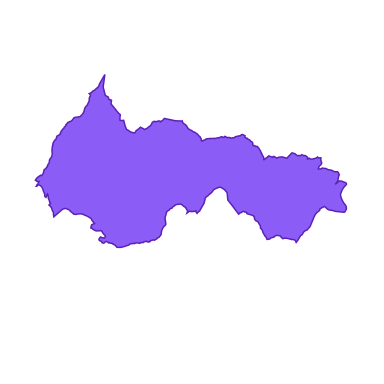 outline of Scarisoara, Alba, Romania, rotated 113°
{"feature_id": "2599482B60585043995143", "entity_name": "Scarisoara", "entity_type": "district", "adm_level": 2, "iso_a3": "ROU", "parent_name": "Romania", "parent_adm1": "Alba", "projection": "equal_earth", "projection_center": [22.873, 46.485], "detail": "fine", "context": "isolated", "style": "filled", "palette": "violet", "viewbox_px": 384, "rotation_deg": 113, "n_neighbors": 0, "source": "geoboundaries", "source_scale": "gbopen_adm2", "svg_char_len": 6068}
<svg xmlns="http://www.w3.org/2000/svg" viewBox="0 0 384 384"><g transform="rotate(113 192 192)"><path d="M242.3,340.8L242.9,338.4L242.2,336.9L245.6,336.9L245.6,337.4L246.5,337.5L246.9,337.2L247.5,337.5L247.4,337.1L245.4,336.7L245.5,336.1L245.3,335.4L245.4,334.3L245.9,332.5L247.7,330.3L249.3,329.1L250.7,327.5L252.2,326.4L253.1,326.1L253.7,325.5L254.0,324.3L252.8,324.2L251.3,324.4L250.3,324.2L251.8,322.8L253.9,321.8L255.7,320.0L257.6,318.5L257.6,317.9L257.8,317.8L259.1,318.1L259.8,318.6L260.0,318.2L260.3,317.2L261.3,315.4L263.9,313.0L264.8,311.8L265.6,311.2L266.4,311.0L268.8,309.5L258.4,304.4L256.7,302.3L256.5,301.7L256.4,298.5L257.6,295.3L258.0,293.5L258.6,292.5L258.1,290.1L257.3,289.3L255.8,286.4L255.2,284.8L255.2,278.4L255.9,274.4L257.4,272.7L259.1,269.4L261.4,271.6L264.4,271.2L264.7,270.9L264.6,269.8L265.3,267.1L265.3,265.1L263.6,261.4L263.1,261.0L263.1,260.2L265.2,257.1L266.1,254.9L267.0,254.5L267.9,254.4L268.5,254.7L269.2,256.9L269.0,258.4L269.5,258.8L271.6,259.3L272.4,258.9L272.8,258.3L272.9,256.1L273.7,255.2L273.8,253.7L273.1,252.8L271.9,252.4L271.1,251.6L270.9,250.6L271.0,249.8L271.5,249.1L270.9,247.2L270.9,246.5L270.4,245.4L270.9,244.2L270.8,243.9L270.9,243.5L271.0,241.9L272.2,239.6L271.9,238.4L270.6,235.5L268.3,232.6L265.5,229.5L263.6,228.3L262.8,226.6L262.1,225.9L262.0,224.8L260.8,223.7L259.9,221.6L259.7,220.0L258.6,219.4L257.5,217.0L256.6,216.7L255.1,214.5L255.3,213.5L255.0,212.2L254.3,211.8L254.1,211.3L253.2,211.4L252.8,211.0L252.5,210.4L251.2,208.9L251.1,207.8L249.1,206.2L248.1,206.0L246.4,204.6L243.5,203.8L239.1,204.9L235.3,204.6L232.8,203.5L231.8,203.5L226.2,206.8L219.7,207.5L217.3,205.8L216.2,205.7L214.5,204.0L213.4,204.0L211.5,202.7L209.9,201.9L207.6,197.9L207.5,196.7L208.3,194.4L208.8,191.7L209.4,191.2L210.7,189.2L211.6,188.5L213.4,188.4L212.3,187.7L210.9,187.2L210.6,186.6L210.6,185.9L210.3,185.6L210.1,184.5L208.9,182.2L207.9,181.1L209.1,180.1L209.7,179.0L208.3,178.6L206.7,177.6L197.4,176.5L192.2,177.4L190.2,176.6L189.5,175.9L188.2,175.6L186.2,174.4L183.8,173.4L181.2,172.9L179.0,170.9L176.5,168.2L176.6,166.0L177.1,163.1L178.9,159.4L185.4,155.9L188.2,150.7L194.2,140.4L192.3,139.6L192.1,138.9L190.8,138.2L189.6,136.8L189.8,135.6L189.5,135.2L189.6,133.6L190.2,133.3L190.5,132.8L189.9,128.0L189.9,126.6L190.5,125.0L192.3,124.0L193.5,122.2L193.6,119.7L195.6,117.2L196.3,115.9L198.5,114.9L199.5,112.6L201.7,110.7L204.2,107.3L204.1,106.9L206.3,104.4L205.6,103.0L204.8,102.0L203.7,101.8L201.6,99.0L200.4,98.5L199.3,97.8L198.4,95.9L198.0,93.4L198.6,92.6L199.5,90.2L198.3,88.7L197.5,86.3L196.9,82.9L196.9,82.0L196.4,80.9L196.0,78.8L196.6,77.6L197.7,76.4L195.0,75.7L190.3,75.1L189.6,75.0L188.4,74.0L185.0,73.5L183.4,72.6L181.7,71.0L179.9,70.6L178.6,70.0L177.4,69.8L166.8,69.9L163.8,69.6L162.0,68.9L159.2,67.4L158.4,67.3L157.6,67.7L157.1,67.4L153.5,64.3L154.9,60.5L154.9,58.4L154.1,55.5L153.8,52.4L151.5,45.0L151.0,43.8L150.6,43.5L147.6,43.2L146.5,43.5L145.1,44.5L144.2,45.4L142.9,47.9L141.4,49.9L139.4,52.1L136.9,54.1L135.2,54.5L131.3,54.6L128.4,54.1L124.7,52.8L123.9,53.2L123.3,54.2L123.6,56.4L123.4,57.8L124.2,60.7L129.0,63.2L126.3,62.3L124.8,62.2L120.0,63.2L118.7,63.1L118.4,64.1L117.5,64.1L116.7,65.3L116.5,66.1L117.7,68.7L117.4,71.9L118.3,75.9L118.0,77.6L119.1,81.5L120.7,82.7L121.3,84.8L119.0,85.0L116.1,83.9L114.8,83.9L114.3,84.1L112.2,86.0L110.3,86.5L110.2,87.0L111.3,88.9L110.7,90.1L112.4,91.1L114.1,93.3L115.2,95.1L115.3,96.4L115.1,96.6L115.1,97.3L116.6,98.5L115.3,98.9L114.9,99.3L114.4,100.7L114.2,102.0L114.8,103.4L114.8,105.6L116.1,106.2L116.7,108.0L117.3,108.9L117.1,110.6L116.5,112.4L116.9,115.3L123.8,117.9L124.5,122.9L126.2,125.9L127.8,127.4L127.2,129.9L127.6,131.2L128.5,131.2L128.7,132.0L128.6,132.9L128.7,134.3L128.7,135.4L134.2,138.3L134.1,138.5L132.0,139.6L130.3,142.0L129.6,142.6L127.5,145.0L125.6,147.6L124.6,149.6L124.8,150.5L125.1,151.1L124.9,151.7L125.2,152.4L124.9,153.1L125.4,153.8L124.9,154.5L123.4,155.1L122.5,156.0L122.5,157.6L121.8,158.6L121.4,160.4L121.5,161.3L121.0,162.2L121.2,164.3L120.9,164.7L119.5,165.1L119.3,167.9L119.9,168.8L121.3,169.6L124.0,173.5L125.4,174.4L126.6,176.2L127.0,176.4L127.2,178.9L128.3,181.2L128.1,181.6L127.8,183.3L128.5,183.9L129.1,183.8L129.8,184.8L129.4,186.0L129.9,186.9L131.5,188.2L132.0,189.5L133.7,191.4L133.7,192.2L134.8,194.0L135.1,195.2L137.3,199.3L137.7,199.8L139.0,200.2L139.4,201.1L140.4,202.0L141.2,202.4L141.2,203.2L139.5,204.3L139.0,205.2L138.2,205.8L137.6,207.7L136.7,209.3L136.3,210.8L136.1,212.7L135.8,213.0L136.2,214.0L135.6,216.1L135.5,218.4L135.2,220.2L134.1,221.8L133.4,222.5L133.2,223.3L132.7,223.9L132.3,226.2L131.6,227.9L130.8,228.4L130.3,228.9L130.7,229.2L132.9,235.0L135.1,246.2L138.0,247.2L138.9,248.2L139.7,248.3L139.4,249.4L139.5,250.4L140.1,250.9L141.2,252.6L141.6,253.5L141.7,254.5L143.3,255.7L147.1,256.0L148.4,257.0L151.0,258.3L152.1,259.4L153.0,260.0L152.8,261.1L152.5,264.8L155.2,266.0L157.3,267.4L158.9,267.5L160.1,268.0L160.7,271.2L160.6,272.9L160.1,274.5L160.0,276.7L156.9,279.7L152.7,282.9L153.8,284.8L154.0,286.5L150.7,287.7L149.2,288.0L148.8,288.3L148.2,290.2L146.8,293.1L146.1,294.1L142.7,300.7L141.3,301.4L139.5,301.7L139.0,302.0L139.0,303.4L139.4,304.5L137.3,306.2L137.0,309.5L130.1,314.8L117.9,318.1L128.6,319.4L131.5,319.2L136.7,321.7L137.2,322.3L138.6,323.1L139.5,323.2L141.6,325.0L141.7,324.6L142.6,323.4L143.5,322.9L144.4,323.3L145.4,323.3L148.5,322.2L153.6,322.5L154.5,323.0L156.1,323.4L158.9,323.2L159.6,322.8L162.3,323.1L163.9,323.5L166.4,324.5L169.4,329.4L169.8,329.6L173.2,330.5L174.6,331.4L174.9,332.1L175.7,332.6L176.1,333.2L179.5,334.4L180.1,334.0L182.5,335.0L183.3,334.8L184.8,335.6L187.1,336.1L188.8,336.3L189.6,335.9L190.1,335.9L190.8,336.2L190.9,336.5L191.3,336.4L193.2,338.1L194.5,338.1L196.3,337.8L198.4,338.7L201.3,339.0L203.1,338.6L203.2,338.4L205.1,338.3L206.8,337.5L208.0,337.4L211.3,335.6L213.2,335.1L214.8,335.0L217.6,335.7L218.7,335.6L220.0,335.1L221.7,334.9L223.3,335.4L225.2,335.0L225.5,335.1L225.8,335.5L227.2,335.6L228.2,336.0L229.0,336.8L232.8,336.2L235.6,336.7L235.7,337.9L238.7,339.8L240.4,340.5L241.3,340.5L242.3,340.8Z" fill="#8b5cf6" stroke="#5b21b6" stroke-width="1.5"/></g></svg>